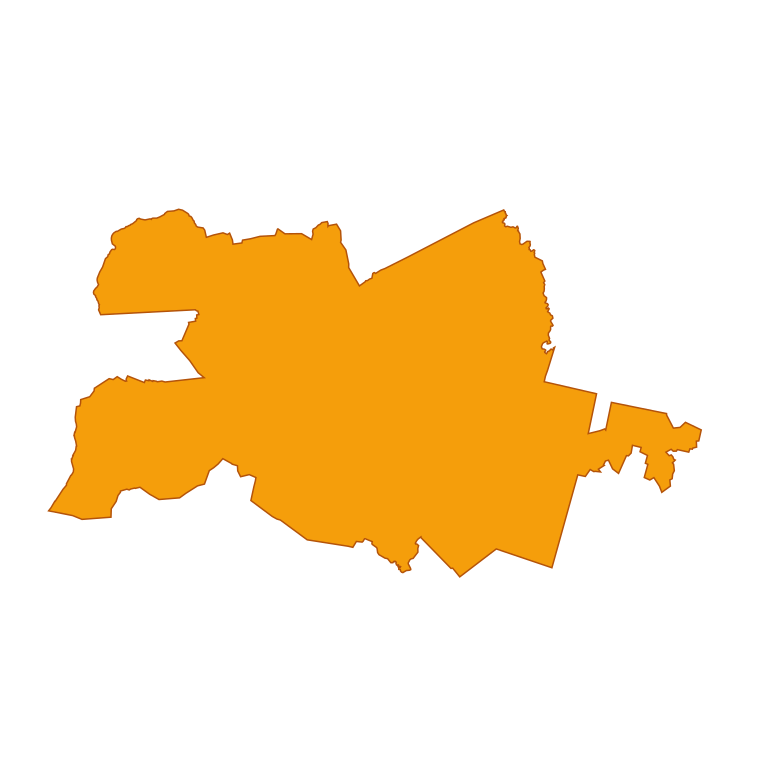 outline of Jaunalūksnes pag., Aluksne, Latvia, rotated 6°
{"feature_id": "27541924B87199859913454", "entity_name": "Jaunalūksnes pag.", "entity_type": "district", "adm_level": 2, "iso_a3": "LVA", "parent_name": "Latvia", "parent_adm1": "Aluksne", "projection": "mercator", "projection_center": [27.197, 57.424], "detail": "fine", "context": "isolated", "style": "filled", "palette": "amber", "viewbox_px": 768, "rotation_deg": 6, "n_neighbors": 0, "source": "geoboundaries", "source_scale": "gbopen_adm2", "svg_char_len": 6094}
<svg xmlns="http://www.w3.org/2000/svg" viewBox="0 0 768 768"><g transform="rotate(6 384 384)"><path d="M704.3,396.5L687.8,390.6L683.0,396.2L676.4,397.6L668.4,385.5L668.1,383.9L612.1,378.5L609.3,406.6L608.2,405.6L603.6,407.9L592.3,412.0L596.4,371.5L543.1,365.0L543.7,359.5L545.2,353.4L549.9,329.6L548.7,330.5L548.6,332.7L546.6,331.8L546.1,332.1L545.2,333.6L543.3,334.7L543.1,335.7L542.3,336.9L540.6,335.8L540.4,335.2L541.3,334.0L541.2,333.3L539.7,332.6L537.7,332.5L536.8,330.9L536.7,330.1L537.5,327.3L538.3,326.3L541.4,324.3L542.0,324.7L542.0,326.9L542.7,327.1L544.9,326.2L545.4,325.6L545.4,324.8L543.5,323.0L543.9,321.4L542.3,318.3L542.2,316.0L543.4,314.1L544.0,312.5L543.7,309.6L543.9,309.0L545.5,308.8L546.0,308.0L543.1,304.1L543.1,303.2L545.1,300.9L544.3,298.6L542.4,297.8L541.5,296.2L539.2,295.0L540.4,292.0L539.6,291.3L538.7,292.1L537.5,292.2L537.2,291.4L538.7,289.4L539.0,288.0L538.1,287.0L535.7,286.4L535.6,285.8L536.5,284.5L536.8,282.6L536.6,281.1L533.9,279.4L532.7,276.9L533.5,275.0L533.5,272.5L533.1,270.3L533.5,268.3L532.1,266.6L533.2,264.8L528.3,256.3L530.7,254.1L532.6,253.1L529.4,247.6L528.6,245.0L520.8,242.1L520.0,239.6L520.2,238.1L519.6,237.6L520.0,235.5L519.6,235.1L518.7,234.9L517.1,236.4L516.2,236.7L515.4,235.3L514.3,235.1L514.3,233.9L513.8,233.1L514.9,231.3L514.9,229.6L514.3,228.6L514.5,227.3L514.2,226.9L511.3,227.1L507.5,230.4L506.4,230.9L504.6,230.4L503.9,228.2L504.2,225.0L503.5,220.6L502.0,218.6L501.8,217.8L500.9,217.6L501.3,215.2L500.3,213.2L499.8,213.3L498.9,215.0L498.1,215.1L495.9,214.2L493.8,214.9L490.1,214.2L488.7,214.9L487.4,214.2L487.5,212.3L487.0,211.6L485.0,211.1L484.8,210.4L485.9,208.9L485.5,208.6L486.4,207.8L486.1,206.9L487.7,206.2L487.6,205.6L488.0,205.5L488.2,204.1L488.7,203.6L487.8,203.1L487.6,202.2L487.0,201.8L486.6,200.0L486.0,200.1L484.9,198.4L456.4,214.3L394.0,255.5L372.8,269.1L369.0,271.0L364.1,274.9L362.9,274.2L362.1,274.5L361.3,275.3L360.9,280.1L358.7,281.1L356.7,282.9L355.1,283.2L354.4,284.5L349.3,289.0L336.7,271.9L336.4,268.3L332.1,254.7L326.0,247.6L326.3,245.4L324.8,236.2L320.1,230.0L312.1,232.4L311.8,233.0L311.6,232.2L311.6,230.3L310.6,228.4L305.2,230.0L303.7,231.9L302.1,232.8L299.9,235.7L297.4,237.3L297.0,239.5L297.8,242.4L296.9,247.9L286.3,243.1L269.8,245.0L262.3,240.8L261.8,241.3L260.8,246.0L260.0,247.8L245.3,250.1L236.1,253.5L228.3,255.7L227.9,258.6L219.2,260.7L218.2,256.6L214.7,250.1L212.6,251.7L208.1,250.5L199.0,253.6L192.0,256.7L189.6,249.7L187.8,247.7L182.2,247.4L180.7,246.5L180.0,245.0L178.6,243.6L178.1,241.8L177.2,241.2L175.5,238.6L174.4,237.6L172.6,237.2L172.0,235.7L171.0,234.9L165.5,232.2L161.5,231.7L157.0,233.8L150.6,235.0L148.1,237.4L147.9,238.3L143.5,241.3L140.6,242.8L136.8,243.2L135.7,243.8L135.4,244.6L134.2,244.2L129.2,245.8L124.6,245.4L123.2,244.8L121.9,245.3L120.9,246.2L120.7,247.4L117.2,250.9L115.3,251.9L115.2,252.4L113.2,253.4L112.5,254.2L110.9,254.5L110.6,255.4L109.4,256.4L106.5,257.4L102.8,260.1L101.7,260.2L99.6,261.9L98.6,263.3L97.8,265.2L97.6,267.4L97.9,269.5L99.2,273.0L102.3,275.0L102.7,275.8L102.7,277.4L102.0,278.4L99.8,278.4L99.1,278.9L97.7,281.3L97.3,283.4L96.2,284.1L95.9,286.3L93.9,288.4L91.9,297.1L89.6,302.3L87.8,308.6L87.8,310.6L88.4,312.6L89.7,315.0L88.6,317.4L87.1,319.1L85.6,321.8L85.5,323.4L86.0,324.9L87.9,326.3L88.0,327.3L89.3,328.9L89.7,330.3L90.9,331.5L91.9,334.1L92.7,334.9L92.3,336.0L92.8,337.9L92.4,340.1L95.0,344.7L188.6,329.9L189.9,330.8L191.3,331.0L192.6,334.3L190.5,334.9L191.0,338.1L189.5,338.6L190.1,341.2L183.2,343.2L183.8,344.8L178.5,362.1L175.3,362.6L171.9,365.1L178.5,371.9L188.3,381.0L198.0,392.2L204.5,396.5L166.1,404.9L162.8,404.3L158.2,405.5L157.6,405.1L153.9,404.8L153.7,405.6L149.9,404.4L149.8,405.3L146.3,405.0L145.5,407.6L128.2,402.8L127.1,405.9L127.2,407.2L127.7,407.9L126.5,408.3L122.4,406.8L117.9,404.6L114.2,407.9L110.1,407.4L96.4,418.5L96.4,421.2L92.7,427.4L84.0,431.2L84.2,434.7L83.8,437.6L80.6,438.7L80.4,449.3L81.1,453.3L82.2,456.0L82.8,458.7L81.8,464.4L81.4,464.3L81.1,467.3L81.3,467.2L81.9,469.8L83.3,472.9L84.8,477.9L84.4,478.1L84.3,481.5L84.1,482.6L82.0,487.5L82.4,487.7L81.8,489.3L81.4,491.3L81.0,491.3L81.4,493.9L84.2,501.0L84.2,504.0L82.6,507.4L82.1,507.6L78.6,516.4L78.8,517.8L75.8,522.2L69.2,535.1L68.9,535.0L65.8,541.8L63.7,545.2L88.1,547.4L97.8,550.2L126.4,545.0L125.8,536.6L129.9,528.8L131.1,522.7L133.2,519.2L133.1,518.0L139.2,515.5L141.7,516.0L142.9,515.0L146.8,513.6L147.5,513.8L152.1,512.2L162.6,518.2L172.3,522.4L192.6,518.6L198.4,513.4L209.2,504.8L215.9,502.3L219.3,488.4L223.3,485.1L227.4,480.9L231.5,475.1L240.7,479.0L241.3,479.6L246.8,480.6L247.6,485.7L251.1,491.2L259.5,488.2L266.4,490.4L266.2,493.8L265.3,500.0L263.8,513.8L286.7,527.4L291.6,529.5L295.1,530.1L323.9,547.0L365.2,549.1L370.1,549.7L373.0,543.5L378.8,543.5L379.6,542.7L380.8,540.0L381.3,539.8L388.8,542.0L388.6,543.6L389.0,544.7L393.7,547.4L394.3,548.3L395.3,552.4L396.9,554.3L403.2,557.1L405.8,557.3L409.5,561.0L411.5,560.8L412.1,559.6L412.7,559.8L413.2,559.1L413.6,559.1L414.8,560.0L414.6,560.9L415.3,562.5L416.4,563.2L416.8,562.4L417.1,562.4L416.9,563.6L417.1,564.2L418.5,563.6L419.6,563.9L419.3,564.7L417.8,564.7L418.1,566.8L419.6,566.8L419.9,568.1L421.1,569.3L422.5,569.6L425.7,567.2L429.0,566.5L430.0,565.8L429.7,564.6L426.9,560.3L426.8,559.4L428.1,556.1L429.4,555.0L431.2,554.4L435.3,547.7L434.8,544.0L435.3,541.1L433.4,539.7L432.2,539.8L431.8,539.0L433.0,536.2L434.2,534.5L436.7,532.2L436.9,533.0L469.9,560.4L471.6,560.0L479.5,567.9L512.9,536.3L570.2,549.2L586.2,454.1L593.9,454.9L598.0,447.5L601.8,449.2L603.2,448.8L608.5,448.8L606.1,446.3L611.6,441.9L610.8,441.5L612.3,437.4L615.2,436.3L620.2,444.5L626.6,448.4L632.6,429.9L634.6,429.9L637.0,426.9L637.5,419.0L646.4,420.2L645.7,424.6L653.5,427.5L652.2,435.5L654.8,436.3L652.6,449.8L658.4,451.7L662.2,448.9L668.6,456.8L671.6,462.7L679.5,455.6L678.3,449.5L680.5,448.1L680.5,443.3L681.8,439.9L680.4,433.5L679.1,432.3L681.6,429.2L680.0,428.5L678.9,426.2L677.1,424.5L675.1,425.5L671.5,422.3L676.4,418.9L678.7,420.6L681.8,420.2L682.6,418.6L694.2,419.9L695.0,416.5L697.5,416.6L697.8,415.5L701.5,414.1L700.6,408.2L703.0,407.7L704.3,396.5Z" fill="#f59e0b" stroke="#b45309" stroke-width="1.5"/></g></svg>